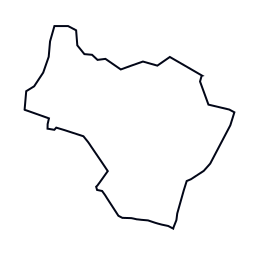 outline of Um Rimta, White Nile, Sudan, rotated 275°
{"feature_id": "16777658B63870425694852", "entity_name": "Um Rimta", "entity_type": "district", "adm_level": 2, "iso_a3": "SDN", "parent_name": "Sudan", "parent_adm1": "White Nile", "projection": "albers", "projection_center": [31.887, 14.607], "detail": "fine", "context": "isolated", "style": "outline", "palette": "ink", "viewbox_px": 256, "rotation_deg": 275, "n_neighbors": 0, "source": "geoboundaries", "source_scale": "gbopen_adm2", "svg_char_len": 1116}
<svg xmlns="http://www.w3.org/2000/svg" viewBox="0 0 256 256"><g transform="rotate(275 128 128)"><path d="M186.6,197.3L191.1,187.7L195.4,178.5L202.4,163.5L192.7,151.8L195.5,137.1L190.2,125.4L185.7,115.7L194.9,99.5L193.2,91.7L197.8,85.8L197.8,78.1L205.9,70.3L220.8,67.8L224.3,59.5L223.1,45.8L207.5,42.8L192.0,42.8L175.8,38.7L169.2,35.1L161.4,30.9L157.5,25.7L155.8,23.4L148.0,23.4L140.4,23.4L137.2,23.4L137.1,23.5L136.3,26.8L134.6,33.4L130.7,48.4L124.8,47.6L120.3,47.9L120.2,49.5L119.8,54.4L119.8,54.8L122.1,56.5L120.3,65.2L118.4,73.4L115.9,84.3L110.7,89.3L109.9,90.0L108.2,91.4L106.3,92.9L101.4,96.9L92.0,104.6L83.3,111.6L78.2,108.6L71.4,104.6L69.3,103.3L68.1,102.6L66.7,101.4L63.6,102.6L63.0,107.7L58.9,111.2L56.5,113.0L53.3,115.5L39.7,126.1L38.0,130.2L38.5,139.1L38.3,141.1L37.8,144.7L37.8,146.3L37.7,149.2L37.7,156.0L36.0,163.1L35.4,166.0L34.7,170.0L33.9,176.6L31.7,181.8L33.3,182.1L40.3,184.2L41.6,184.3L47.1,184.5L70.8,189.0L80.3,191.1L82.4,195.1L91.9,207.2L99.7,213.0L139.6,229.7L152.9,232.6L155.2,227.3L158.3,206.1L180.6,195.7L186.4,196.8L186.6,197.3Z" fill="none" stroke="#020617" stroke-width="2"/></g></svg>